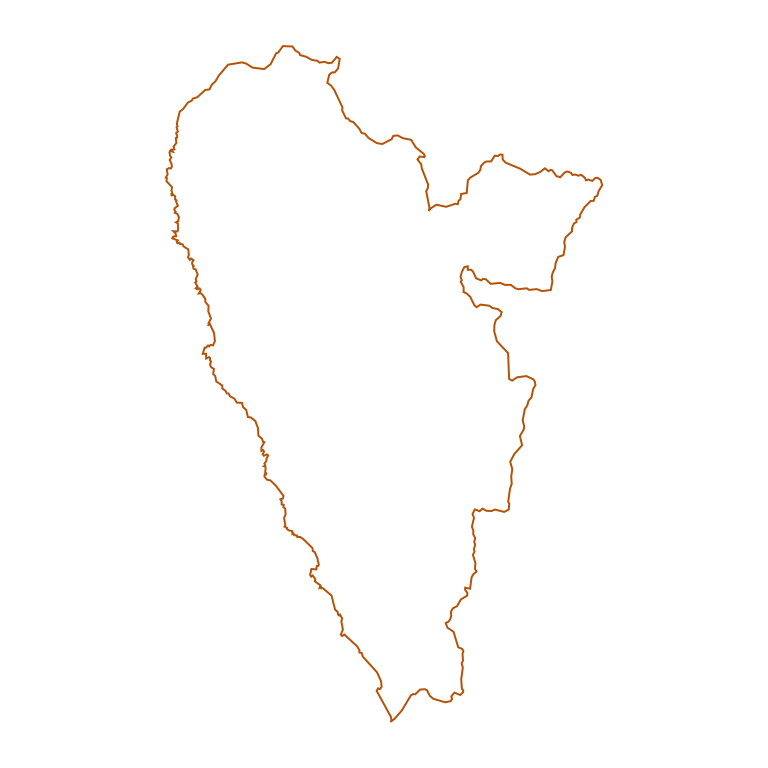 the district of Huarmey, Áncash, Peru
{"feature_id": "86281439B24455260096548", "entity_name": "Huarmey", "entity_type": "district", "adm_level": 2, "iso_a3": "PER", "parent_name": "Peru", "parent_adm1": "Áncash", "projection": "natural_earth1", "projection_center": [-77.958, -10.151], "detail": "fine", "context": "isolated", "style": "outline", "palette": "amber", "viewbox_px": 768, "rotation_deg": 0, "n_neighbors": 0, "source": "geoboundaries", "source_scale": "gbopen_adm2", "svg_char_len": 6091}
<svg xmlns="http://www.w3.org/2000/svg" viewBox="0 0 768 768"><path d="M346.0,118.4L342.2,110.4L342.4,107.2L334.4,90.2L331.0,85.5L327.3,82.9L329.2,74.9L331.7,72.6L334.8,72.3L338.1,68.4L339.7,58.9L336.7,56.9L332.0,62.7L328.3,63.2L324.8,61.8L319.5,62.6L317.2,60.7L312.0,60.0L306.1,56.7L300.1,55.1L299.2,52.9L295.4,50.6L292.5,46.5L282.9,46.1L278.2,52.6L276.1,53.3L270.6,64.2L264.2,69.1L252.6,67.6L246.0,63.5L241.9,62.4L228.0,64.7L218.8,75.6L215.4,81.3L211.8,84.7L209.5,89.4L205.2,90.0L197.2,97.3L192.8,98.6L191.7,100.7L187.8,102.6L183.3,108.8L179.7,111.7L176.8,123.8L177.5,126.3L176.6,127.4L177.9,131.6L176.1,133.1L177.2,135.7L177.1,137.5L175.9,138.0L176.3,143.1L173.6,146.5L174.4,149.3L171.3,149.7L172.8,151.7L170.0,151.1L169.5,152.3L170.0,155.6L171.3,157.4L169.7,160.0L171.6,164.1L171.8,166.8L170.8,168.5L168.9,168.1L166.8,169.3L167.6,174.4L165.8,177.6L166.8,178.0L166.5,181.2L172.1,187.3L171.4,190.5L172.4,193.3L171.4,193.9L171.6,195.4L173.7,195.1L175.2,196.4L175.1,199.5L176.6,200.4L176.1,201.7L177.9,205.8L174.5,208.4L174.3,209.7L175.6,211.6L174.8,212.8L177.2,213.7L178.9,217.1L178.3,221.0L176.0,222.3L177.8,223.3L178.1,229.7L177.4,231.4L173.3,231.2L175.5,233.4L176.2,236.2L173.1,236.6L172.3,238.3L177.8,240.4L176.8,241.6L177.4,243.2L179.5,242.7L180.0,244.0L182.6,244.3L183.5,246.4L188.3,249.4L188.8,255.1L188.0,257.3L189.9,259.9L191.0,258.5L193.5,260.2L192.1,262.4L192.2,264.2L193.7,266.0L193.0,266.5L193.6,268.8L195.7,269.4L197.7,274.7L195.7,279.1L196.5,281.4L195.2,282.4L197.5,286.5L195.8,288.4L197.7,289.3L198.0,288.2L199.8,288.5L200.7,290.3L198.8,293.5L200.7,293.2L202.4,294.7L205.3,298.8L205.3,301.8L208.6,305.9L208.3,311.3L211.0,318.7L208.6,323.0L209.4,323.3L208.6,324.8L210.1,324.6L214.0,332.9L214.9,341.0L213.1,345.3L210.5,344.9L209.0,346.5L208.0,345.6L205.8,347.8L204.6,347.7L202.8,353.8L206.0,353.8L206.2,358.5L209.0,357.1L210.1,358.1L210.0,360.3L211.0,361.5L210.0,364.6L211.2,367.3L213.9,368.9L213.2,374.0L215.2,376.0L216.3,381.5L222.3,385.5L222.3,388.5L225.5,390.8L226.8,393.3L228.7,393.6L229.9,396.2L234.4,398.6L236.8,402.6L242.0,402.9L243.1,407.2L246.2,409.9L247.9,417.1L251.0,417.5L255.3,421.0L258.0,428.1L258.4,435.7L261.8,438.4L263.2,442.0L264.3,442.2L261.4,447.5L261.4,450.9L263.1,450.1L264.1,451.6L262.7,454.2L263.7,455.7L267.0,454.4L268.2,455.5L266.5,458.5L266.4,461.1L264.4,463.4L265.2,465.5L264.1,466.2L265.3,466.5L265.6,468.1L265.2,472.2L266.3,473.4L266.0,474.4L264.8,474.2L264.4,476.6L267.0,479.7L270.4,480.4L275.6,485.4L283.5,495.9L282.9,498.5L280.4,499.3L281.6,501.1L281.7,504.5L283.7,504.8L283.4,507.3L285.2,508.5L285.6,514.4L284.1,517.8L285.3,525.4L284.5,526.6L287.1,527.9L286.8,528.8L288.6,530.3L292.3,531.2L292.4,534.0L293.5,533.5L294.2,535.1L297.0,535.6L297.3,537.0L300.2,537.0L303.4,539.2L312.5,548.1L312.8,551.1L314.6,551.9L317.3,558.0L318.8,564.8L318.1,566.0L316.8,566.0L316.3,569.4L311.4,569.0L310.1,574.9L311.3,576.7L312.7,575.5L315.3,579.0L314.8,581.3L320.4,585.3L319.6,587.8L321.0,587.1L321.3,588.3L322.8,588.2L331.5,595.5L335.1,609.7L337.6,611.8L338.1,614.7L339.2,615.5L340.0,614.6L342.3,618.7L341.3,621.1L342.9,629.5L340.8,634.7L342.3,636.1L344.3,634.5L357.3,646.5L359.5,650.5L359.4,652.5L361.7,653.0L362.8,656.6L377.0,672.3L381.1,681.3L381.6,686.9L379.8,689.2L378.1,688.3L376.6,690.8L390.9,716.8L391.5,720.4L390.5,721.9L394.5,718.9L401.8,710.5L410.8,695.5L413.1,694.1L415.3,694.3L420.0,689.6L424.8,689.2L426.9,690.1L429.9,695.9L433.4,698.8L445.2,702.3L450.6,701.2L452.1,699.0L451.3,696.4L454.4,692.6L460.2,695.0L463.0,692.3L463.3,690.3L461.9,688.8L461.2,679.4L462.8,667.5L461.7,663.6L463.0,660.4L462.5,653.9L463.4,651.3L462.3,649.0L458.2,647.2L453.5,631.7L447.4,627.6L445.7,623.0L448.5,621.7L450.1,619.5L451.2,616.2L450.9,611.9L452.8,608.4L457.0,606.2L461.0,599.4L467.3,595.5L467.3,592.8L465.1,589.8L465.2,587.7L470.1,588.7L471.6,577.3L473.4,574.1L476.5,571.6L475.0,568.9L475.4,562.9L472.9,554.9L474.5,551.7L473.8,549.1L475.2,545.0L474.2,541.5L475.3,538.3L473.2,534.2L473.4,530.8L471.9,526.6L474.0,517.8L472.5,514.0L474.9,509.4L479.6,511.2L482.5,508.6L486.5,510.8L491.4,511.0L495.0,509.6L504.2,511.9L508.7,509.6L509.3,503.8L508.2,501.7L510.0,488.7L511.7,484.0L511.2,476.4L512.3,469.2L510.2,461.8L514.2,454.2L522.1,445.2L519.9,436.0L523.7,429.6L524.2,426.4L522.7,420.3L524.8,409.1L527.2,405.6L528.6,400.6L531.4,397.4L533.2,389.0L535.5,385.0L534.7,381.3L533.3,379.3L526.4,376.1L517.1,377.3L512.2,380.6L509.1,378.9L508.1,353.2L496.9,341.2L494.2,331.3L494.4,325.0L495.8,320.2L500.7,315.8L501.7,312.1L497.9,309.1L492.5,308.0L489.2,305.7L480.6,304.6L476.6,307.2L474.3,305.1L470.2,296.8L466.8,293.5L463.6,292.1L463.6,287.1L460.7,281.7L461.8,280.3L460.6,276.8L461.8,272.0L464.3,267.1L467.7,266.3L467.8,269.8L470.9,269.7L472.9,271.4L476.1,278.3L481.2,280.4L482.9,278.9L485.8,279.2L490.6,283.8L500.2,282.9L504.9,284.9L510.9,284.9L515.5,288.4L518.6,289.2L526.6,288.3L529.3,289.9L536.6,289.1L542.1,291.1L550.8,290.0L552.4,281.6L551.7,276.5L552.8,272.5L555.1,268.0L555.5,263.5L558.2,256.9L563.5,255.1L565.0,246.8L564.2,242.0L565.7,237.2L572.0,231.4L572.1,227.8L573.8,223.6L576.5,222.0L576.3,219.7L579.8,217.6L580.3,214.4L584.5,207.2L590.6,201.0L593.7,200.8L594.9,196.9L597.3,195.8L598.6,191.2L602.2,185.2L600.8,180.1L597.7,177.8L595.4,178.0L592.3,180.9L588.2,179.6L586.0,180.3L584.9,177.8L581.1,174.7L578.6,175.7L574.9,174.5L572.4,175.0L571.0,172.8L567.2,171.5L564.7,172.5L560.3,177.2L556.5,176.2L552.3,170.4L550.7,169.8L548.6,171.2L544.9,168.3L540.2,172.0L535.1,174.2L530.0,174.6L520.2,168.7L505.7,162.7L502.7,159.5L502.5,154.8L500.4,154.4L497.9,156.0L494.7,155.7L491.1,161.4L486.4,161.5L484.1,162.7L481.0,166.0L480.3,169.9L478.3,172.8L470.3,177.6L467.9,180.3L466.7,193.0L461.1,194.0L460.4,199.4L458.6,200.6L457.8,204.2L455.2,203.8L446.2,206.8L436.4,204.7L430.8,208.3L428.8,211.0L429.5,208.0L426.2,191.1L427.8,188.2L428.1,184.5L421.8,168.4L421.2,164.2L417.5,159.5L419.6,156.5L424.4,157.1L424.9,156.1L423.8,153.9L415.8,147.4L411.1,139.8L402.9,138.2L397.6,135.4L393.3,135.9L391.6,139.2L382.3,144.0L376.8,143.1L368.6,138.0L365.0,133.8L361.4,132.8L359.6,129.1L353.4,122.1L350.2,121.1L348.1,118.5L346.0,118.4Z" fill="none" stroke="#b45309" stroke-width="2"/></svg>